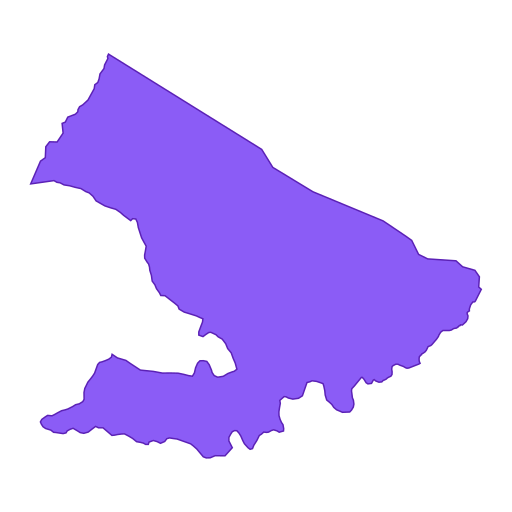 the district of San Pedro Yaneri, Oaxaca, Mexico
{"feature_id": "50627088B33343665113881", "entity_name": "San Pedro Yaneri", "entity_type": "district", "adm_level": 2, "iso_a3": "MEX", "parent_name": "Mexico", "parent_adm1": "Oaxaca", "projection": "robinson", "projection_center": [-96.382, 17.426], "detail": "fine", "context": "isolated", "style": "filled", "palette": "violet", "viewbox_px": 512, "rotation_deg": 0, "n_neighbors": 0, "source": "geoboundaries", "source_scale": "gbopen_adm2", "svg_char_len": 4319}
<svg xmlns="http://www.w3.org/2000/svg" viewBox="0 0 512 512"><path d="M108.5,54.1L107.4,56.6L107.9,58.5L104.6,64.9L104.0,68.5L100.0,73.9L99.1,78.8L97.8,82.5L94.8,84.7L94.2,88.7L88.0,100.0L82.7,104.9L79.6,106.7L78.0,109.6L77.8,111.8L75.4,114.2L67.8,117.1L65.3,122.1L62.1,123.4L63.1,133.1L57.1,142.0L49.6,141.8L45.8,146.7L45.3,157.7L40.5,161.1L30.7,183.9L54.0,180.6L56.9,182.3L60.1,182.8L64.0,184.9L69.8,185.8L75.1,187.3L81.0,188.6L85.8,191.6L89.2,192.9L93.0,196.3L96.1,200.9L101.0,203.7L104.9,205.9L110.9,207.9L115.8,209.3L120.3,212.4L123.7,215.4L130.7,220.6L132.6,218.7L135.8,219.0L137.4,222.4L138.3,227.5L141.6,237.8L144.2,242.6L146.2,246.2L145.2,252.0L144.6,255.0L144.7,258.2L147.2,262.2L148.6,264.0L149.5,267.1L149.8,270.2L151.4,275.4L152.2,281.1L154.9,284.8L156.5,288.7L159.4,292.7L160.8,295.5L165.0,295.7L170.9,300.3L174.4,303.0L177.9,305.9L179.1,309.1L184.2,312.1L188.5,313.4L196.4,315.9L199.6,317.4L202.9,318.8L202.5,322.1L200.9,326.2L198.8,331.9L198.8,335.1L203.0,336.6L205.9,334.4L208.8,332.5L210.8,332.3L216.0,334.7L218.1,336.8L222.2,339.1L225.7,343.7L227.7,348.6L231.2,352.8L233.2,358.4L235.2,363.0L236.9,369.2L234.2,371.3L232.1,371.9L227.9,373.5L225.6,374.9L223.3,376.3L217.7,377.2L214.2,375.6L212.1,372.5L211.5,370.2L209.2,364.7L206.8,361.4L203.3,360.7L199.9,360.8L197.6,363.2L195.6,367.7L194.4,372.9L192.4,376.2L188.5,375.6L183.9,374.4L178.2,373.2L170.0,373.0L162.5,373.1L153.3,371.4L140.4,370.1L129.9,363.2L125.9,360.4L117.4,357.9L112.1,354.3L111.4,357.2L108.7,359.2L105.2,360.7L101.8,361.9L99.6,362.4L97.7,364.5L95.6,370.3L94.6,373.1L92.8,375.9L90.6,378.8L87.9,382.1L86.3,385.4L84.8,388.4L84.0,392.5L84.1,399.3L82.8,401.6L79.3,403.8L75.6,404.7L72.8,406.5L67.8,409.0L65.0,409.9L61.6,410.7L57.6,412.8L54.8,414.4L52.0,415.8L47.6,415.4L45.1,417.0L41.8,419.4L40.4,421.9L41.4,424.2L43.0,426.7L45.6,428.5L50.8,430.1L53.6,432.3L55.8,432.5L63.1,433.6L66.0,432.9L67.2,430.9L70.1,429.3L73.1,428.3L78.2,431.3L80.2,432.6L83.8,433.3L88.2,432.1L91.9,429.2L95.6,426.4L98.5,427.8L103.0,427.8L111.9,435.4L114.8,435.1L117.6,434.5L121.7,434.0L124.5,433.9L128.9,436.2L132.7,438.5L136.6,441.7L140.2,442.3L143.4,443.1L145.6,444.4L148.3,444.4L149.0,442.1L153.3,440.5L157.1,441.6L160.5,443.3L164.7,441.5L166.8,438.7L169.5,437.9L173.1,438.5L177.0,439.0L190.6,443.8L193.2,445.8L196.8,449.0L199.7,452.5L203.3,456.8L206.2,457.9L210.2,457.8L215.1,455.7L225.0,455.8L232.3,447.7L228.9,441.0L228.9,437.4L230.7,434.1L232.3,431.7L234.5,430.6L236.8,430.7L239.0,433.1L240.8,436.0L242.8,440.6L244.4,443.7L248.0,447.7L250.1,449.3L252.5,448.6L253.8,445.3L256.9,440.4L259.3,435.5L261.5,434.1L263.7,432.1L266.7,432.4L268.6,432.1L271.2,430.6L273.6,429.8L277.1,430.9L279.2,432.2L283.5,431.0L283.7,428.7L283.0,424.7L281.5,422.5L280.1,419.4L279.0,415.6L278.9,411.9L279.5,407.8L280.3,403.3L279.8,400.4L284.1,396.6L286.1,396.8L288.3,398.0L292.8,399.1L298.5,398.3L302.4,395.8L307.0,382.5L309.9,381.8L312.0,380.8L316.6,381.4L319.6,382.4L323.0,383.6L323.8,386.0L324.8,390.8L325.2,395.0L326.7,400.0L329.4,402.2L331.8,404.4L333.8,407.4L336.6,409.8L340.2,411.3L342.4,412.3L347.0,412.1L349.7,412.0L351.5,410.1L353.3,407.1L353.9,404.1L353.4,400.2L352.4,397.8L351.9,393.8L351.5,390.9L351.8,388.7L354.5,385.8L357.1,382.6L361.4,377.4L362.3,377.4L364.1,379.4L366.1,382.7L367.9,383.9L371.5,383.4L373.3,380.1L374.2,379.6L375.6,380.9L378.9,382.2L381.8,381.9L383.2,380.4L384.4,380.0L386.2,379.1L387.1,378.2L388.3,377.4L390.9,376.2L392.0,374.5L392.1,371.8L391.7,369.1L392.1,366.5L393.3,365.5L395.8,364.2L397.9,364.2L399.9,365.2L403.3,366.4L405.7,367.8L407.0,368.2L408.8,368.0L419.0,364.0L420.1,363.3L419.5,362.1L419.1,360.2L419.1,358.5L419.3,356.8L419.9,356.3L420.4,355.3L421.5,354.8L421.9,353.8L423.3,353.1L425.1,351.8L426.3,350.3L428.1,346.6L429.6,346.0L430.7,345.6L431.9,344.6L436.6,339.1L438.4,336.5L439.0,334.9L440.7,332.2L442.9,330.5L449.4,330.5L451.4,330.0L453.1,328.9L453.9,328.5L456.7,328.0L457.7,327.0L458.3,326.9L458.8,326.0L460.1,325.6L460.4,324.8L462.4,325.0L466.0,321.7L467.7,318.7L468.0,315.9L467.2,313.9L467.2,312.5L468.1,311.7L469.4,310.9L469.3,309.3L469.6,308.1L470.7,304.8L472.8,302.0L474.7,301.8L475.4,301.0L481.3,289.3L478.7,287.0L479.4,276.8L474.9,270.3L462.6,266.8L456.0,260.8L427.7,258.9L418.6,254.4L411.7,240.4L406.1,236.4L383.1,220.9L313.0,191.8L272.8,167.4L261.7,149.4L108.5,54.1Z" fill="#8b5cf6" stroke="#5b21b6" stroke-width="1.5"/></svg>